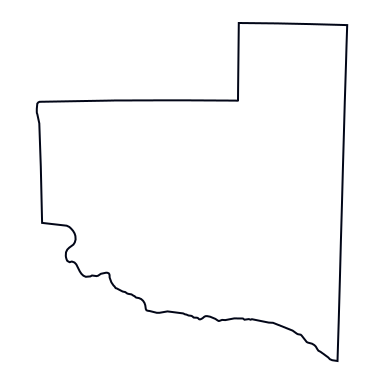 an SVG outline of La Pampa
{"feature_id": "ARG-1296", "entity_name": "La Pampa", "entity_type": "Province", "adm_level": 1, "iso_a3": "ARG", "parent_name": "Argentina", "parent_adm1": "", "projection": "albers", "projection_center": [-66.048, -37.163], "detail": "fine", "context": "isolated", "style": "outline", "palette": "ink", "viewbox_px": 384, "rotation_deg": 0, "n_neighbors": 0, "source": "natural_earth", "source_scale": "10m", "svg_char_len": 1985}
<svg xmlns="http://www.w3.org/2000/svg" viewBox="0 0 384 384"><path d="M237.5,100.7L238.0,100.5L238.1,88.6L238.8,23.0L277.0,23.4L310.8,24.1L347.2,25.1L346.5,46.2L346.0,63.7L344.9,98.7L344.8,101.4L343.9,133.8L343.4,151.3L342.9,168.8L342.0,202.5L341.0,237.5L340.9,240.9L339.9,279.2L338.7,322.1L337.5,361.0L332.2,360.2L329.9,359.2L328.2,357.4L320.5,351.8L318.4,350.7L317.4,349.3L315.9,346.7L315.1,345.8L314.2,345.0L312.0,343.7L307.9,342.6L306.7,342.0L301.6,335.5L300.7,334.7L297.9,334.2L296.9,333.7L292.6,330.6L273.0,322.8L268.8,322.6L251.9,319.2L250.7,319.7L248.8,319.1L244.5,319.7L242.9,318.5L242.5,318.5L234.2,318.4L225.3,320.1L222.1,319.9L219.4,320.9L218.8,321.0L217.7,320.5L215.4,318.9L210.1,316.7L207.0,316.1L205.4,316.2L204.1,316.9L203.1,317.8L201.8,318.7L200.5,319.3L199.3,319.3L198.8,319.0L198.3,318.4L197.6,317.9L196.6,317.7L194.1,317.6L193.6,317.5L192.5,316.5L191.9,316.1L191.1,315.8L188.5,315.5L186.5,314.6L184.9,314.3L183.6,313.6L183.0,313.4L167.5,311.4L159.5,312.8L156.8,312.8L149.6,311.0L148.0,310.8L146.5,310.3L145.8,309.0L145.3,305.4L144.5,303.0L143.1,300.8L141.2,299.1L139.0,298.1L136.3,297.6L135.7,297.3L134.6,296.2L134.2,296.0L133.6,295.8L131.5,294.4L128.5,293.9L127.2,293.5L125.3,292.1L122.6,291.5L116.5,288.3L115.8,288.2L115.4,287.8L114.5,286.4L113.6,285.6L111.4,282.4L109.9,278.3L109.6,277.3L109.6,275.7L109.4,274.4L108.8,273.4L107.5,272.8L106.1,272.7L100.9,273.8L98.1,275.7L96.6,276.1L92.0,275.5L90.4,276.4L85.8,276.8L83.4,275.7L81.4,273.8L79.8,271.4L76.3,264.4L74.5,262.5L72.1,261.6L71.4,261.6L69.8,262.2L69.2,262.0L68.1,261.3L67.7,261.2L67.1,260.6L66.5,259.1L66.0,257.3L65.8,255.9L66.0,252.3L67.3,249.6L69.2,247.7L73.4,244.6L74.8,242.4L75.6,239.5L75.4,236.0L74.6,233.5L73.1,230.9L71.2,228.7L69.4,227.0L66.7,225.7L42.1,222.9L40.8,166.6L39.3,123.4L37.3,114.1L36.9,113.1L36.8,111.9L36.8,108.8L37.3,103.6L38.3,102.4L39.5,101.8L109.3,100.6L114.0,100.5L141.9,100.4L176.7,100.3L179.0,100.3L235.0,100.6L237.5,100.7Z" fill="none" stroke="#020617" stroke-width="2"/></svg>